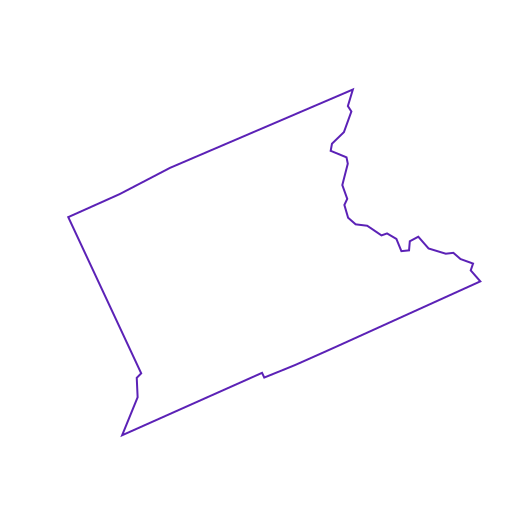 Piute, Utah, United States of America (Robinson projection), rotated 156°
{"feature_id": "52423323B20022014337475", "entity_name": "Piute", "entity_type": "district", "adm_level": 2, "iso_a3": "USA", "parent_name": "United States of America", "parent_adm1": "Utah", "projection": "robinson", "projection_center": [-112.292, 38.329], "detail": "fine", "context": "isolated", "style": "outline", "palette": "violet", "viewbox_px": 512, "rotation_deg": 156, "n_neighbors": 0, "source": "geoboundaries", "source_scale": "gbopen_adm2", "svg_char_len": 636}
<svg xmlns="http://www.w3.org/2000/svg" viewBox="0 0 512 512"><g transform="rotate(156 256 256)"><path d="M61.4,141.6L65.7,155.5L60.8,160.8L70.4,170.0L74.4,178.6L81.7,180.9L95.3,192.7L99.9,207.6L109.5,206.9L113.9,198.9L121.2,201.3L120.8,214.5L127.1,223.3L133.0,223.8L142.1,238.4L152.1,244.4L156.3,253.5L154.5,266.7L149.4,271.1L148.3,285.7L134.6,303.0L133.2,309.3L145.0,321.7L140.9,327.7L125.3,333.4L110.1,349.2L111.1,355.6L99.8,368.7L298.7,371.5L355.5,368.0L411.7,367.9L408.6,195.5L414.5,193.2L421.6,175.1L451.2,146.7L298.0,146.8L297.9,141.6L264.9,140.5L223.7,140.5L61.4,141.6Z" fill="none" stroke="#5b21b6" stroke-width="2"/></g></svg>